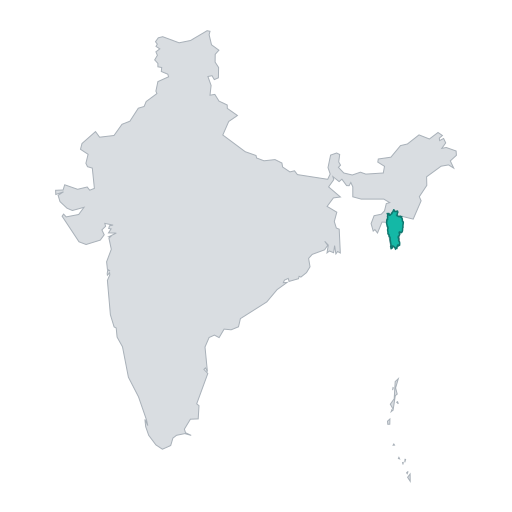 location of Mizoram within India
{"feature_id": "IND-3300", "entity_name": "Mizoram", "entity_type": "State", "adm_level": 1, "iso_a3": "IND", "parent_name": "India", "parent_adm1": "", "projection": "orthographic", "projection_center": [92.8, 23.22], "detail": "fine", "context": "in_parent", "style": "filled", "palette": "teal", "viewbox_px": 512, "rotation_deg": 0, "n_neighbors": 0, "source": "natural_earth", "source_scale": "10m", "svg_char_len": 6993}
<svg xmlns="http://www.w3.org/2000/svg" viewBox="0 0 512 512"><path d="M55.6,190.3L63.1,190.0L64.7,184.8L77.6,189.3L87.2,187.0L89.7,190.2L94.4,188.4L92.3,168.1L87.5,166.7L85.9,163.3L88.1,154.3L80.5,149.3L82.0,143.5L95.5,131.6L99.6,137.2L114.0,135.5L122.0,124.3L129.9,121.2L138.3,108.2L144.1,106.5L146.2,101.5L156.9,93.6L155.9,91.1L157.9,81.6L168.6,76.8L167.8,74.2L161.3,71.5L161.7,67.5L157.9,66.8L157.9,63.4L154.7,59.9L157.4,55.3L155.9,51.8L159.8,48.9L156.0,46.4L157.3,44.1L155.5,41.7L158.3,37.8L162.7,36.7L179.1,42.8L190.5,40.5L207.1,30.7L210.0,31.3L209.1,34.7L211.5,44.8L218.9,50.2L215.2,54.3L215.1,62.1L218.6,67.5L218.4,77.8L214.3,79.6L212.0,75.7L207.9,76.5L211.1,85.5L210.0,95.2L214.8,94.4L219.0,101.1L227.2,105.0L227.3,108.4L237.4,115.5L228.7,121.5L222.8,135.0L245.2,151.7L256.0,155.5L256.6,158.0L264.0,160.8L275.0,159.6L281.9,163.0L282.6,167.0L289.9,171.9L294.5,170.8L297.4,174.6L327.7,179.3L330.2,174.0L328.0,167.6L330.6,155.1L336.6,153.0L339.7,154.5L338.7,161.9L340.5,165.2L338.4,167.3L343.8,173.0L352.3,175.0L360.4,172.2L365.8,174.1L383.3,173.0L384.5,166.3L377.8,162.1L378.3,159.0L390.9,157.2L400.5,145.6L407.4,144.0L419.0,134.9L429.4,139.0L438.0,132.5L442.4,135.5L439.3,138.1L439.6,140.6L443.6,138.5L445.7,142.9L441.8,148.4L446.2,147.5L456.1,151.0L456.4,155.3L450.3,160.9L453.7,168.1L448.5,164.9L441.1,166.2L426.6,176.8L426.8,185.4L419.3,196.7L421.1,200.8L413.2,219.1L401.8,216.3L402.4,230.7L399.5,232.3L399.4,244.7L395.9,248.5L393.2,246.2L391.1,248.6L386.5,222.2L382.0,222.1L377.5,233.0L374.9,229.6L373.2,231.1L371.1,223.6L374.1,215.7L381.3,214.2L384.5,210.9L386.3,203.6L389.7,202.6L383.8,199.1L361.2,199.1L352.8,196.8L352.8,186.8L350.8,182.5L349.1,185.7L346.6,185.6L341.9,179.2L339.1,181.6L332.9,176.6L333.8,179.6L328.6,186.9L340.4,197.0L333.4,197.9L327.1,206.4L336.8,212.2L334.3,221.5L336.3,228.0L339.2,229.2L340.3,253.0L337.6,251.5L335.9,253.9L334.6,245.6L333.6,252.7L329.4,251.0L327.0,252.9L328.3,245.1L324.7,241.3L327.7,245.3L324.6,249.8L312.2,254.4L308.6,258.4L310.0,266.8L306.5,272.6L300.9,277.1L299.1,276.3L298.5,278.7L289.1,281.4L288.2,278.4L284.4,280.2L283.3,282.7L287.1,282.4L277.1,289.6L266.8,301.9L240.4,318.6L238.5,326.8L231.1,329.8L224.1,329.1L219.1,337.6L214.4,335.1L209.1,337.5L205.0,347.0L207.4,371.6L205.4,367.9L203.9,369.4L207.8,373.5L196.7,403.8L199.0,405.7L198.2,418.9L190.4,419.2L184.4,429.1L185.5,432.7L191.2,435.4L184.8,433.6L176.5,435.3L172.9,438.1L170.7,445.5L162.4,449.2L155.9,444.9L148.7,435.3L145.7,426.7L144.9,419.4L147.8,425.6L146.4,419.6L138.5,396.8L128.4,377.2L122.5,346.8L117.1,337.1L116.2,328.0L114.1,326.9L110.4,314.8L107.4,280.4L109.8,274.9L109.6,272.8L107.4,275.2L107.2,273.6L107.7,270.2L110.0,270.9L107.4,269.2L106.6,261.8L111.3,249.3L108.9,238.0L110.6,236.7L109.0,236.6L116.3,233.1L108.5,232.9L111.1,228.9L108.7,228.5L109.5,225.8L113.1,225.1L104.8,223.4L105.6,226.3L101.9,229.9L104.2,234.8L100.3,240.1L86.1,244.5L79.0,241.8L62.1,216.2L63.6,214.1L66.2,216.9L78.7,214.5L84.0,207.3L72.4,210.5L67.0,208.2L60.0,201.6L58.1,195.3L63.5,191.8L55.8,194.5L55.6,190.3ZM393.2,409.3L390.3,404.2L394.2,398.8L395.2,381.6L398.3,378.7L395.6,387.9L397.2,394.1L395.3,395.6L393.2,409.3ZM410.1,474.0L410.2,481.3L407.6,477.3L410.1,474.0ZM389.8,424.2L387.8,424.3L387.5,421.2L389.9,419.0L389.8,424.2ZM403.2,462.4L403.0,464.5L402.6,462.5L403.2,462.4ZM405.6,459.4L404.8,462.3L405.0,459.3L405.6,459.4ZM408.1,471.4L407.2,473.7L406.6,472.8L408.1,471.4ZM394.5,445.1L393.1,445.2L393.8,444.0L394.5,445.1ZM392.7,410.4L391.2,411.6L391.9,409.7L392.7,410.4ZM397.6,401.7L398.3,403.8L396.7,402.2L397.6,401.7ZM399.6,458.9L398.4,458.5L398.9,457.4L399.6,458.9ZM393.3,387.8L392.6,390.1L393.0,387.6L393.3,387.8Z" fill="#d9dde1" stroke="#a8b0b8" stroke-width="1"/><path d="M401.5,216.7L401.4,217.0L401.5,217.3L401.5,217.6L401.7,217.9L402.0,218.4L402.1,218.5L402.3,219.0L402.3,219.5L402.5,221.3L403.0,221.6L403.0,221.8L403.2,222.1L403.3,222.2L403.3,222.7L402.9,225.7L402.9,226.2L403.0,227.1L403.0,227.4L402.9,227.5L402.7,227.9L402.6,228.2L402.6,228.4L402.6,229.1L402.5,230.1L402.5,230.4L402.5,230.6L402.5,230.8L402.0,232.0L401.7,232.3L401.5,232.5L401.1,232.7L400.7,232.7L400.4,232.5L400.2,232.2L400.0,231.9L399.7,231.9L399.4,232.0L399.2,232.3L399.2,232.7L399.2,233.1L399.4,233.5L399.6,234.0L399.7,234.3L399.7,234.6L399.5,234.9L399.0,235.6L398.9,235.9L398.3,236.3L398.2,237.6L398.3,237.9L398.4,238.2L398.7,238.7L398.8,239.0L398.8,239.4L398.6,240.0L398.6,240.4L398.8,240.9L398.9,241.1L399.4,241.7L399.6,242.3L399.7,244.1L399.7,244.3L399.6,244.5L399.4,244.6L399.1,244.7L399.0,244.9L399.3,245.4L398.9,245.5L398.7,245.4L398.5,245.2L398.3,245.2L397.9,245.1L397.7,245.1L397.5,245.3L397.5,246.4L397.6,246.5L397.3,246.7L397.1,246.7L397.0,246.8L396.7,247.3L396.7,247.5L396.8,247.7L396.9,247.9L396.9,248.0L396.9,248.3L396.8,248.5L396.7,248.5L396.5,248.4L396.3,248.1L396.1,248.0L395.9,248.0L395.8,248.4L395.6,248.8L395.5,249.0L395.3,248.8L395.2,248.4L395.1,247.9L394.9,247.6L393.9,246.7L393.0,246.0L392.7,245.9L392.5,246.0L392.5,246.7L392.5,246.8L392.4,246.8L392.3,247.1L392.3,247.4L392.3,247.6L392.3,247.8L392.2,248.0L391.9,248.1L391.7,248.2L391.5,248.4L391.4,248.5L391.2,248.6L391.1,248.4L390.9,247.3L390.6,246.3L390.7,246.1L391.0,246.2L391.1,245.7L390.3,240.6L390.3,240.3L390.1,239.9L390.1,239.6L390.1,238.7L390.0,237.5L389.9,237.3L389.8,237.0L389.4,236.7L389.2,236.5L389.1,236.0L389.0,234.8L388.8,234.5L388.3,234.3L388.1,233.9L387.9,233.4L388.0,232.3L387.6,230.1L387.6,229.5L387.7,229.3L387.9,228.7L388.0,228.5L388.0,228.3L388.0,228.1L387.9,227.9L387.9,227.7L387.9,227.4L387.9,227.2L387.7,227.1L387.6,226.9L387.6,226.6L387.5,226.4L387.3,226.2L387.2,226.1L387.2,225.9L387.1,225.1L386.6,223.3L386.5,222.8L386.7,222.2L386.7,221.9L386.8,221.6L386.7,220.7L386.8,220.4L386.8,220.2L386.8,219.9L386.9,219.7L387.1,219.6L387.3,219.6L387.5,219.6L387.6,219.3L387.5,219.2L387.5,218.9L387.5,218.7L387.4,218.6L387.5,218.3L387.5,218.1L387.7,217.6L387.7,217.4L387.7,217.2L387.6,216.9L387.5,216.7L387.5,216.4L387.7,215.8L387.7,215.7L387.6,214.4L387.6,214.2L387.4,213.9L387.3,213.6L388.2,213.5L388.9,213.6L389.0,213.6L389.1,213.8L388.9,214.1L389.0,214.7L389.1,214.9L389.2,215.0L389.3,215.1L389.6,215.3L389.8,215.3L389.9,215.2L390.1,215.1L390.3,215.0L390.4,214.7L390.9,214.3L391.4,213.8L391.5,213.7L391.8,213.6L391.9,213.3L391.8,213.2L391.8,212.9L392.0,212.7L392.6,212.0L392.9,211.7L393.0,211.6L393.1,211.4L393.1,211.2L393.6,210.0L393.7,209.8L393.9,209.8L394.0,210.0L394.7,211.4L394.9,211.6L395.1,211.6L396.2,211.2L396.4,211.3L396.8,211.4L397.1,211.4L397.4,211.1L397.5,211.2L397.4,211.6L397.5,211.8L397.8,212.0L397.8,212.4L397.5,212.6L397.4,212.8L397.4,213.0L397.4,213.6L397.3,213.9L397.3,214.1L397.2,214.4L397.1,214.8L397.1,215.1L397.1,215.3L397.0,215.5L396.9,215.5L397.1,215.8L398.2,216.2L398.4,216.3L398.5,216.4L398.6,216.5L398.8,216.6L399.1,216.4L399.3,216.3L399.6,216.4L399.6,216.5L399.8,216.7L400.1,216.6L400.3,216.4L400.4,216.2L400.5,216.2L400.7,216.4L400.8,216.5L400.7,216.7L400.7,216.8L400.7,217.0L400.8,217.0L401.3,216.7L401.5,216.7L401.5,216.7Z" fill="#14b8a6" stroke="#0f766e" stroke-width="1.5"/></svg>